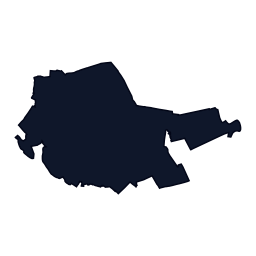 Duda-Epureni, Vaslui, Romania (orthographic projection)
{"feature_id": "2599482B75726639165286", "entity_name": "Duda-Epureni", "entity_type": "district", "adm_level": 2, "iso_a3": "ROU", "parent_name": "Romania", "parent_adm1": "Vaslui", "projection": "orthographic", "projection_center": [28.077, 46.731], "detail": "fine", "context": "isolated", "style": "filled", "palette": "ink", "viewbox_px": 256, "rotation_deg": 0, "n_neighbors": 0, "source": "geoboundaries", "source_scale": "gbopen_adm2", "svg_char_len": 5618}
<svg xmlns="http://www.w3.org/2000/svg" viewBox="0 0 256 256"><path d="M230.8,137.0L232.6,133.1L233.6,132.1L235.4,131.0L237.1,130.8L238.2,131.0L239.2,131.3L239.9,131.0L240.3,130.4L240.6,129.3L240.6,127.4L240.3,125.5L239.4,122.6L238.3,121.1L237.4,120.3L236.5,120.3L234.8,121.1L230.8,123.6L229.2,124.1L228.4,123.9L227.3,122.9L226.3,121.8L225.6,120.8L222.9,122.6L222.1,122.4L221.8,122.1L220.9,120.7L219.7,118.0L219.4,116.8L218.4,112.6L217.9,110.2L217.7,109.6L216.9,109.5L216.7,109.4L215.7,108.6L215.1,107.8L214.9,107.8L209.4,109.5L209.2,108.8L198.6,111.1L178.5,115.4L178.3,115.4L178.5,114.6L172.6,113.9L172.2,111.5L171.4,111.4L169.9,111.2L166.3,110.5L159.3,109.4L152.5,108.1L150.8,107.7L146.1,107.1L145.0,106.8L144.3,106.7L143.8,106.8L139.2,106.1L137.0,105.6L136.4,105.6L136.3,105.2L135.6,103.9L134.2,101.6L133.1,100.5L132.6,99.8L132.4,99.0L131.7,96.1L127.1,87.1L124.0,80.5L120.8,75.4L118.9,72.8L118.2,71.7L118.0,71.0L114.1,66.2L110.9,62.4L104.9,63.0L100.9,63.5L99.4,64.1L88.5,67.5L88.0,67.8L87.4,67.9L87.1,67.9L82.4,69.4L80.1,70.2L78.6,70.9L78.3,71.1L77.5,71.1L75.9,71.8L75.7,71.9L74.9,72.3L74.7,72.5L73.6,72.8L71.5,73.1L69.1,73.2L66.9,73.5L66.4,73.7L65.2,74.9L61.4,70.8L60.4,71.2L59.8,70.9L57.8,70.5L57.4,70.3L56.7,70.4L56.5,70.5L56.3,70.8L55.9,71.0L53.8,71.0L50.4,70.7L50.0,76.5L48.1,76.9L45.7,77.1L44.9,77.3L43.5,77.2L42.4,76.8L41.1,76.5L40.7,76.2L38.0,76.2L38.0,76.5L35.1,77.2L34.1,77.6L34.2,78.2L34.2,78.6L34.5,79.4L34.7,79.8L34.8,80.6L34.7,81.3L34.4,82.2L34.5,84.2L34.3,85.8L34.1,86.8L33.8,87.9L33.6,89.3L33.7,91.8L33.4,92.7L33.2,93.1L34.2,93.3L33.6,94.4L31.6,97.7L31.6,97.9L31.7,98.1L31.9,98.3L32.6,98.5L33.0,98.8L33.7,99.1L35.4,99.9L35.4,100.2L35.3,100.6L35.5,101.8L35.6,102.1L35.4,103.2L35.2,103.6L35.3,104.2L35.2,104.7L35.1,105.4L34.8,105.6L35.2,105.9L35.1,106.5L35.2,106.9L34.1,106.6L32.5,106.2L31.3,108.3L29.7,110.7L27.9,113.4L24.9,117.5L23.7,119.7L21.4,121.9L18.6,125.1L19.2,125.7L22.8,130.0L23.8,131.1L24.8,132.2L25.8,133.0L26.7,134.4L26.2,134.5L26.0,134.8L25.8,136.7L25.9,138.4L25.9,138.9L25.7,139.2L23.7,140.8L22.5,140.5L21.3,139.9L20.2,138.2L19.5,137.2L18.7,136.4L17.6,135.5L15.4,137.4L16.5,138.6L17.1,138.8L17.4,138.5L17.7,139.1L18.2,140.1L18.2,141.9L19.0,144.7L19.5,146.1L20.4,147.9L20.8,148.6L21.3,149.1L22.3,149.6L22.8,149.9L23.3,150.4L24.1,151.9L24.1,152.4L23.9,152.6L24.5,153.3L27.1,155.4L28.0,156.2L30.2,157.7L30.7,157.9L31.6,158.4L32.9,158.5L33.5,158.2L33.5,157.4L33.6,157.0L33.9,153.9L31.1,146.3L37.5,145.1L38.2,144.5L39.9,143.7L41.4,142.6L42.0,140.8L42.7,141.8L42.8,143.3L44.4,145.2L45.0,146.1L45.8,146.7L44.5,146.9L43.5,147.4L43.0,148.4L42.9,149.6L43.1,152.3L42.8,154.2L42.4,155.9L42.4,158.5L42.5,160.1L42.9,161.6L43.6,162.6L44.6,163.8L45.1,164.7L45.4,165.1L46.3,166.7L48.3,169.4L49.1,170.7L49.5,171.5L51.2,173.9L51.5,174.2L52.6,174.8L52.9,175.2L53.6,175.6L54.3,176.3L55.2,176.7L56.4,177.4L57.6,177.6L58.7,178.2L59.1,178.3L59.4,178.4L59.8,178.3L62.9,176.9L63.5,177.9L64.3,178.7L64.5,179.2L64.8,179.9L65.0,180.5L65.0,181.1L65.2,181.5L65.5,181.9L65.8,182.2L66.1,182.3L66.5,182.9L67.5,183.4L68.5,184.2L68.9,184.4L70.2,184.6L70.5,184.5L71.5,183.4L72.5,184.1L76.5,186.7L77.2,185.5L78.4,184.0L78.9,183.0L79.3,182.4L79.4,182.0L79.5,182.0L79.6,181.7L79.9,182.0L80.1,182.0L80.5,181.7L81.0,181.9L81.4,181.7L81.5,181.7L81.7,182.3L81.8,183.0L82.0,183.9L81.9,184.2L81.6,184.7L81.3,186.0L81.6,186.1L81.8,186.1L82.7,186.1L83.3,186.3L83.7,186.1L83.6,185.8L83.5,185.6L83.4,184.8L83.7,184.7L83.9,184.5L84.2,184.3L84.6,184.4L85.0,184.2L85.6,184.2L86.4,184.0L87.1,183.8L87.3,183.9L88.0,185.0L88.9,184.8L88.9,184.6L89.4,184.5L89.5,184.2L90.1,184.1L90.7,184.1L92.0,184.3L92.3,184.6L92.6,184.2L92.8,184.2L92.9,184.3L93.0,184.5L94.0,184.9L95.3,185.5L97.0,185.9L98.2,186.3L100.0,186.7L100.3,186.9L100.6,186.9L101.1,186.1L101.4,185.7L101.5,185.8L101.7,186.1L102.1,186.2L102.3,186.0L102.9,185.3L103.2,185.4L103.3,185.5L103.2,185.8L103.3,186.0L103.9,186.1L104.4,186.4L104.7,186.7L105.8,187.2L106.2,187.1L106.3,186.9L106.5,186.9L106.8,186.7L107.2,186.9L107.3,186.7L107.6,186.8L108.2,186.9L109.1,186.7L109.4,186.7L109.9,186.8L110.1,187.0L110.5,187.2L110.5,187.3L110.8,187.6L111.0,187.7L111.8,188.3L112.0,188.3L112.3,188.7L112.8,189.1L113.1,189.4L113.7,190.1L114.3,190.3L114.7,191.0L115.2,191.4L115.6,190.8L118.3,193.6L124.7,187.5L129.7,182.3L129.8,182.1L130.1,182.1L130.4,182.3L132.4,184.0L135.1,186.0L135.8,186.6L136.0,187.3L136.0,187.5L136.1,186.6L136.4,186.0L136.4,185.1L136.4,184.7L136.9,185.6L137.2,186.0L136.9,185.3L136.6,184.4L136.5,183.7L136.4,182.0L143.7,179.7L146.6,178.3L152.1,175.8L154.2,179.4L157.0,184.3L157.4,184.7L158.3,185.9L158.9,187.1L159.6,188.2L160.8,187.7L161.4,187.6L164.5,186.8L164.5,186.7L166.7,186.5L168.9,186.1L169.3,186.1L172.0,185.5L176.9,184.2L179.2,183.7L184.1,182.4L187.8,181.3L189.1,180.7L182.9,167.0L181.2,164.1L178.3,165.0L178.2,166.0L177.7,166.3L177.9,167.4L170.9,157.3L169.9,155.9L168.2,153.0L167.9,151.9L167.7,149.3L166.2,147.1L163.9,146.5L164.0,144.3L164.4,139.6L164.8,136.9L165.2,134.5L165.5,132.4L165.7,130.3L166.0,130.2L166.6,129.7L166.9,129.7L167.1,129.8L167.3,130.0L167.9,131.1L168.0,131.3L168.4,131.2L168.7,131.3L169.0,131.5L169.4,131.8L169.1,132.0L168.9,132.2L169.0,132.4L169.2,132.5L169.7,132.4L169.8,132.5L169.7,132.6L169.4,132.7L168.6,133.3L168.4,133.7L168.5,133.8L168.9,133.9L169.7,133.1L170.4,132.6L170.5,133.0L170.4,134.3L170.0,134.3L169.8,135.1L170.3,136.1L170.6,136.2L170.6,136.7L170.1,136.7L170.1,137.0L170.4,137.7L170.8,138.6L171.1,138.9L171.3,139.6L170.9,140.4L171.2,140.9L171.4,141.5L184.7,138.3L190.7,149.7L191.1,149.6L192.9,148.6L219.5,136.1L224.1,134.0L226.5,133.1L228.7,132.5L228.0,136.6L230.8,137.0Z" fill="#0f172a" stroke="#020617" stroke-width="1.5"/></svg>